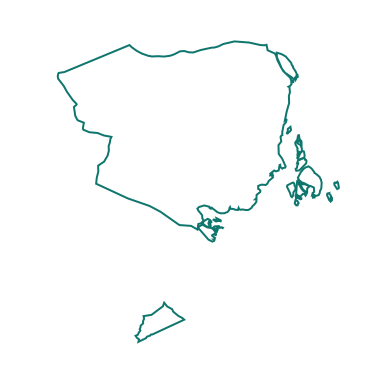 San Fernando, Buenos Aires, Argentina, rotated 6°
{"feature_id": "61730980B31085500015034", "entity_name": "San Fernando", "entity_type": "district", "adm_level": 2, "iso_a3": "ARG", "parent_name": "Argentina", "parent_adm1": "Buenos Aires", "projection": "albers", "projection_center": [-58.481, -34.246], "detail": "fine", "context": "isolated", "style": "outline", "palette": "teal", "viewbox_px": 384, "rotation_deg": 6, "n_neighbors": 0, "source": "geoboundaries", "source_scale": "gbopen_adm2", "svg_char_len": 6080}
<svg xmlns="http://www.w3.org/2000/svg" viewBox="0 0 384 384"><g transform="rotate(6 192 192)"><path d="M114.5,52.4L52.4,86.1L47.0,87.5L46.5,88.9L46.4,91.1L47.1,93.4L53.4,100.0L57.0,105.2L63.8,113.0L67.9,116.4L68.1,117.0L67.7,117.7L65.7,119.7L67.9,128.3L70.1,131.8L71.1,132.7L77.2,134.4L76.8,140.1L77.4,141.4L83.6,143.3L91.9,143.2L98.4,145.0L106.1,145.6L105.3,147.9L105.1,151.5L104.3,155.1L105.0,159.5L104.3,164.6L101.4,171.0L95.9,175.6L96.7,181.5L95.8,187.7L95.8,193.8L128.9,205.1L151.2,210.3L162.8,215.0L182.9,226.2L194.7,225.8L201.4,228.8L201.6,223.2L204.2,222.1L206.6,219.0L205.0,217.1L204.5,214.0L200.3,209.9L199.1,208.0L200.6,206.2L205.6,204.1L210.6,204.8L211.1,206.0L212.2,206.5L212.1,205.6L213.1,205.5L219.5,209.5L222.6,210.2L226.2,209.8L229.5,208.1L230.9,206.0L230.9,204.1L231.4,203.1L232.1,204.7L234.9,204.5L236.7,205.1L239.6,205.1L240.0,202.9L240.9,204.3L242.4,204.6L243.6,204.1L248.2,204.3L250.3,203.8L252.9,201.5L253.7,199.6L255.2,198.1L257.0,195.2L256.9,192.4L255.7,192.6L256.7,191.4L256.6,188.0L259.8,185.0L259.9,183.7L258.8,182.4L257.5,182.0L257.2,179.0L260.4,177.4L264.6,177.3L266.1,175.8L267.1,173.1L271.0,169.0L270.4,168.2L270.9,167.2L270.5,166.6L269.6,167.1L269.5,166.5L268.1,167.1L268.2,166.5L270.0,165.4L269.9,164.6L269.2,165.3L268.4,165.1L271.5,162.0L273.3,162.7L275.9,161.6L276.3,156.0L276.9,155.7L277.1,157.3L278.0,158.5L279.5,159.3L280.3,158.5L282.0,158.1L282.5,156.9L278.2,149.4L274.3,145.1L273.1,136.4L275.5,132.5L274.3,128.0L275.0,126.5L275.9,126.1L275.5,123.0L276.1,115.8L278.2,112.7L278.5,110.3L277.8,109.7L276.9,110.8L277.8,101.9L279.3,93.3L278.3,86.3L279.0,82.8L278.0,77.6L277.0,77.2L278.6,76.1L279.6,74.3L279.0,70.7L277.7,68.1L270.2,62.3L267.7,59.0L263.3,52.2L261.4,47.8L259.9,45.6L252.4,43.1L250.7,37.8L249.0,38.5L244.6,38.7L233.3,37.4L218.5,37.8L207.5,41.6L203.1,44.4L199.4,45.9L196.1,46.5L185.8,49.9L178.7,53.1L174.5,53.4L169.5,52.6L165.3,53.4L160.0,56.9L156.2,58.7L150.3,60.2L143.9,60.5L138.0,61.4L134.1,61.1L127.5,59.5L122.3,57.4L116.9,54.3L114.5,52.4ZM154.4,346.6L161.6,342.1L162.3,340.6L165.5,339.1L165.9,338.1L167.5,337.8L197.6,319.8L195.5,318.3L191.5,316.7L186.9,313.7L185.7,312.8L184.5,310.6L179.2,308.4L175.9,305.0L175.0,308.7L164.6,318.4L156.8,320.5L157.6,322.8L156.8,325.8L157.1,327.8L154.9,330.3L154.9,332.1L154.3,334.0L155.1,335.3L153.8,337.3L153.1,339.6L150.9,340.9L152.4,342.7L154.8,344.1L154.4,346.6ZM320.0,169.4L319.0,166.4L317.2,163.6L313.0,160.7L311.8,160.3L311.5,159.4L308.3,156.0L305.1,154.3L302.0,156.0L300.3,157.7L297.9,161.4L295.8,166.8L297.4,169.1L301.1,171.5L302.2,171.7L302.3,171.4L308.1,173.7L309.4,173.7L312.7,174.8L313.5,179.1L312.1,180.3L311.8,182.4L312.8,181.6L315.5,183.0L318.3,181.8L319.1,179.7L319.2,177.5L320.2,175.0L320.0,169.4ZM281.5,70.0L282.1,69.2L282.4,67.5L283.1,67.0L283.8,65.6L283.9,63.9L282.6,61.5L279.3,57.4L279.2,56.4L277.8,55.0L277.3,53.4L271.0,47.4L266.6,45.5L261.8,44.6L262.3,49.0L268.6,60.1L272.1,63.7L279.7,67.8L281.5,70.0ZM207.8,225.2L208.1,224.5L205.9,223.3L202.7,225.6L202.1,227.2L213.3,237.6L217.4,239.2L219.1,238.3L219.4,237.3L218.6,236.9L219.1,236.8L219.7,235.3L216.8,233.6L216.5,232.9L218.6,231.2L219.0,231.2L219.2,232.2L220.1,232.4L220.4,231.7L219.6,230.2L220.0,229.9L217.3,227.1L215.5,225.9L211.1,225.6L208.2,224.5L207.8,225.2ZM301.1,148.2L300.7,147.0L299.9,146.5L294.1,149.6L293.5,152.4L294.5,152.2L294.7,152.6L293.9,154.9L293.9,156.8L292.6,158.4L293.5,160.0L296.6,159.2L302.5,151.6L302.7,149.4L302.0,148.2L301.1,148.2ZM292.0,186.7L293.0,185.0L292.9,181.7L294.4,179.1L294.6,176.6L293.4,175.2L293.0,173.5L292.0,172.1L291.2,172.1L286.1,175.4L285.9,176.8L289.4,182.4L291.0,186.0L292.0,186.7ZM305.3,183.7L306.3,181.1L302.6,179.3L300.7,177.5L298.1,173.9L296.0,171.7L295.4,171.7L295.8,183.2L298.1,184.6L300.2,185.1L302.6,182.2L303.9,182.0L305.3,183.7ZM297.0,139.6L296.6,137.0L294.9,133.8L292.6,133.0L291.7,131.9L290.0,131.7L289.5,132.1L290.1,134.1L292.5,137.6L292.3,138.3L293.1,142.0L293.8,141.2L294.0,140.0L294.1,140.3L294.1,142.4L292.9,143.6L293.0,144.2L293.6,144.2L293.2,146.5L293.6,146.4L295.0,143.5L295.2,141.9L297.0,139.6ZM301.3,172.8L297.1,170.4L296.1,169.3L295.6,169.7L295.6,170.8L299.4,173.9L302.0,177.7L304.1,179.3L306.5,180.0L306.2,176.4L307.9,174.5L306.6,173.5L303.4,172.5L301.3,172.8ZM210.3,217.1L206.7,219.9L205.9,222.3L210.2,224.9L214.1,224.6L214.1,223.2L213.1,222.4L212.2,222.6L211.6,221.4L212.0,219.9L213.1,221.6L213.6,221.4L213.5,220.4L214.4,219.9L214.0,219.1L212.6,217.8L210.3,217.1ZM300.1,146.0L300.2,144.0L299.4,140.9L298.9,139.9L298.0,139.8L297.1,140.2L295.7,142.0L293.5,148.6L294.2,147.9L294.4,148.8L300.1,146.0ZM336.2,167.4L335.5,166.6L334.2,168.0L333.2,167.6L332.5,168.4L333.0,170.2L336.1,173.9L337.5,173.0L337.6,172.2L336.2,167.4ZM331.9,183.3L331.1,182.4L329.8,180.1L328.1,179.3L328.3,178.8L326.7,179.4L326.6,181.0L329.3,185.7L330.1,186.4L330.5,185.1L330.5,182.6L330.8,182.6L331.4,186.4L332.0,185.7L331.9,183.3ZM298.4,194.2L298.3,193.3L298.6,192.6L299.1,192.4L299.1,191.6L297.7,189.9L295.7,189.5L295.4,192.7L297.1,194.4L298.4,194.2ZM281.3,123.5L281.5,122.8L282.6,122.1L284.0,120.0L283.1,116.9L280.7,119.2L280.9,121.4L280.2,123.6L280.7,123.9L281.3,123.5ZM223.4,224.0L222.3,223.1L218.2,223.8L216.5,225.4L219.1,226.3L221.0,225.1L223.5,224.7L223.4,224.0ZM291.1,131.2L292.7,130.6L293.6,128.8L292.4,124.3L291.9,124.4L291.5,125.3L291.3,128.8L290.1,131.0L291.1,131.2ZM222.9,217.4L216.5,217.1L216.3,217.5L219.0,218.8L221.2,218.0L224.4,218.1L222.9,217.4ZM296.8,184.8L295.8,183.9L295.5,184.7L296.2,187.8L298.8,185.5L296.8,184.8ZM312.9,185.0L314.5,184.6L314.3,183.3L313.1,182.9L312.5,183.3L312.9,185.0ZM299.3,186.2L298.0,187.0L300.7,187.9L301.4,187.6L301.4,186.7L299.3,186.2ZM218.4,227.0L218.4,227.6L219.9,229.1L220.4,228.4L221.0,228.5L220.9,227.6L218.4,227.0ZM295.9,132.7L295.6,130.2L294.7,129.3L294.6,131.1L295.9,132.7ZM283.4,69.3L284.2,67.1L285.2,66.4L284.9,65.4L283.0,68.2L283.4,69.3ZM221.5,226.9L220.6,226.1L219.2,226.8L221.2,227.2L221.5,226.9ZM280.7,72.3L281.3,72.0L281.3,71.0L280.3,71.1L280.7,72.3ZM220.8,216.1L219.2,215.5L219.6,216.3L220.8,216.1ZM226.5,224.4L225.4,224.0L225.2,224.4L226.3,224.7L226.5,224.4Z" fill="none" stroke="#0f766e" stroke-width="2"/></g></svg>